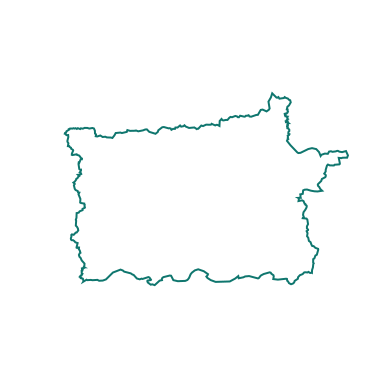 outline of Minbu, Magway, Myanmar, rotated 108°
{"feature_id": "60261553B50567728635340", "entity_name": "Minbu", "entity_type": "district", "adm_level": 2, "iso_a3": "MMR", "parent_name": "Myanmar", "parent_adm1": "Magway", "projection": "orthographic", "projection_center": [94.405, 20.347], "detail": "fine", "context": "isolated", "style": "outline", "palette": "teal", "viewbox_px": 384, "rotation_deg": 108, "n_neighbors": 0, "source": "geoboundaries", "source_scale": "gbopen_adm2", "svg_char_len": 5982}
<svg xmlns="http://www.w3.org/2000/svg" viewBox="0 0 384 384"><g transform="rotate(108 192 192)"><path d="M79.7,126.5L76.2,125.8L74.4,127.0L74.4,128.1L73.5,129.7L73.5,131.8L73.1,133.2L74.2,133.6L76.2,137.7L75.0,139.2L75.9,139.9L76.1,140.8L73.4,146.2L77.7,146.2L82.4,147.2L88.6,144.0L90.0,144.3L92.3,146.0L91.8,150.3L92.7,152.0L98.3,153.2L98.8,154.6L102.1,159.0L102.4,160.7L101.5,161.9L102.5,163.2L102.8,164.3L103.9,164.9L104.2,165.5L104.6,169.8L106.4,170.5L106.7,171.5L106.2,172.5L106.3,174.3L108.5,177.0L108.7,178.6L110.0,179.5L112.5,180.5L113.0,182.1L114.2,184.2L114.3,185.2L113.4,186.5L115.9,187.6L120.7,186.3L120.3,188.4L120.6,189.6L121.5,190.5L121.1,194.4L121.8,194.5L122.4,195.4L123.6,199.4L125.9,201.9L125.9,203.7L129.9,205.6L130.2,206.6L130.7,206.9L129.9,209.7L132.0,214.6L131.7,218.1L130.9,219.8L132.0,220.4L133.2,222.5L132.4,223.9L135.2,225.7L135.8,227.7L137.2,227.7L137.8,229.5L139.2,230.8L138.2,231.9L138.3,233.3L138.7,233.9L138.9,238.8L139.6,240.3L143.7,243.1L145.5,243.1L147.9,244.7L148.0,251.2L146.4,254.3L147.0,255.8L148.5,257.6L150.9,261.9L150.8,264.3L151.2,264.7L153.0,269.8L153.1,272.6L155.0,272.6L157.6,276.9L157.6,278.5L159.5,282.8L162.2,283.3L165.2,284.4L165.3,286.0L166.4,289.9L166.2,291.5L167.3,294.0L166.6,296.7L168.5,299.3L168.7,300.8L167.3,300.9L166.8,301.2L166.4,302.3L163.7,303.3L161.9,304.9L161.9,306.5L163.4,309.3L163.4,311.3L164.2,313.9L165.5,315.4L165.8,317.4L166.7,317.8L166.6,320.3L167.6,321.0L167.3,322.4L168.0,323.4L168.0,324.5L168.6,325.2L169.3,327.6L170.2,328.5L170.6,328.1L173.0,330.1L174.0,330.1L175.1,331.0L175.9,331.0L175.9,329.9L176.6,329.3L176.7,328.7L176.1,327.4L177.9,326.6L181.8,326.3L182.7,326.0L183.9,324.6L186.7,324.2L186.3,322.9L187.0,322.3L187.3,320.8L188.2,320.3L188.7,318.3L189.3,317.8L192.6,318.1L193.8,317.8L193.8,317.1L191.8,313.4L192.2,313.1L192.2,310.6L193.2,309.0L193.8,308.6L194.2,307.0L194.7,306.9L194.7,307.3L195.8,308.0L198.7,308.2L198.4,308.5L198.6,308.9L200.4,308.6L205.0,306.3L205.4,305.1L205.1,304.5L206.0,304.2L208.1,304.8L208.3,303.6L209.1,302.9L210.1,303.8L210.9,305.7L211.7,304.2L212.7,304.9L214.2,305.2L215.2,306.1L216.1,306.0L218.4,306.7L219.7,307.7L220.6,306.0L222.1,306.4L225.2,304.5L226.1,303.3L226.4,301.0L227.6,300.2L227.4,299.0L229.3,299.2L233.1,296.0L236.6,295.1L236.8,294.2L236.3,290.9L236.9,290.7L237.4,290.0L238.5,290.0L239.6,289.1L240.1,289.1L241.9,290.9L243.1,290.5L245.1,292.9L246.7,293.4L247.7,295.2L252.3,293.9L254.4,293.9L255.1,293.3L259.9,292.1L260.6,290.7L262.0,289.2L263.7,288.3L266.2,289.2L266.5,290.0L269.3,291.3L269.4,293.1L270.2,293.5L271.6,292.9L273.5,292.9L274.6,292.4L275.0,291.6L274.6,290.2L275.0,288.8L275.9,287.4L275.9,285.0L280.4,284.7L280.7,284.5L280.6,283.8L280.0,283.5L279.7,282.3L281.4,281.9L282.3,280.7L284.3,279.3L285.0,279.9L286.8,280.1L288.4,279.0L289.0,277.7L291.2,275.7L293.3,272.1L296.5,271.3L296.6,271.7L296.9,271.6L297.0,271.0L297.2,271.5L297.7,271.3L298.2,271.8L298.3,272.6L298.8,272.6L298.9,273.0L299.8,272.6L299.9,272.0L300.8,272.0L301.1,272.6L303.3,271.8L303.6,270.9L305.5,271.3L305.7,272.0L307.2,272.5L307.2,271.9L307.8,271.8L307.9,270.8L308.3,270.8L308.2,269.0L310.3,267.6L310.9,267.7L308.0,265.2L308.2,264.4L306.9,261.1L306.6,259.3L304.8,254.8L305.1,252.9L303.8,249.5L301.7,246.8L293.0,242.3L287.9,236.0L288.0,233.6L288.7,231.9L288.3,225.1L288.9,223.1L288.9,221.9L291.3,217.7L291.2,214.7L290.0,213.2L290.0,212.2L286.4,207.2L286.5,206.0L288.1,203.9L288.5,204.0L290.0,206.9L290.5,207.0L291.7,206.1L292.9,202.6L292.1,201.3L292.1,198.7L286.3,195.4L285.1,193.3L284.3,193.8L283.0,193.7L281.8,192.9L278.3,187.3L278.1,186.0L281.6,182.5L281.2,177.9L278.6,170.9L277.2,169.3L276.3,168.8L274.4,168.2L270.7,167.9L268.8,167.2L265.7,165.1L263.6,162.2L263.7,156.3L265.2,151.4L266.6,151.5L268.0,152.2L269.0,150.7L270.0,147.0L270.2,141.8L265.4,128.4L261.0,124.2L257.7,122.0L259.6,120.9L257.2,116.7L255.9,115.4L254.3,111.7L253.8,102.5L253.1,101.8L250.3,100.8L249.2,99.8L247.8,98.4L244.4,93.3L244.4,92.2L245.2,91.3L246.0,88.8L246.9,88.2L249.7,87.8L248.8,83.2L245.4,75.7L245.3,74.9L247.0,74.0L247.3,73.1L248.7,71.6L249.1,69.3L247.9,67.7L246.5,66.9L244.8,66.9L241.8,64.5L240.3,64.8L237.8,63.7L235.9,61.4L233.9,60.5L233.4,59.7L232.8,57.2L232.0,56.6L232.5,54.6L232.0,53.5L231.6,53.4L231.7,53.0L229.1,53.7L226.4,53.7L223.0,54.4L222.2,54.2L221.6,55.0L218.4,56.0L217.3,55.1L214.3,55.0L213.1,53.9L207.9,54.1L207.1,54.5L207.0,57.4L205.9,59.6L206.2,61.0L205.0,62.3L203.1,63.7L202.4,65.7L199.6,67.3L198.5,68.9L195.4,69.4L193.8,70.9L192.4,69.9L191.9,70.0L191.0,71.5L189.1,72.1L186.7,71.7L182.6,73.8L181.9,74.9L182.7,78.6L182.3,78.6L181.4,77.8L179.5,79.3L176.8,79.7L173.7,78.7L171.4,78.3L169.9,78.5L169.3,79.2L169.1,80.2L168.4,80.5L168.4,81.2L166.2,83.1L165.9,84.7L167.7,87.9L165.0,88.3L164.8,89.2L163.9,86.8L163.1,87.5L162.2,87.5L160.8,88.3L159.5,86.1L156.1,86.8L155.0,85.6L154.1,83.4L154.0,79.3L153.5,75.8L152.7,72.8L150.6,68.6L149.5,70.9L147.8,72.7L147.3,73.9L146.3,74.6L145.6,74.6L141.6,72.5L139.5,72.5L136.7,69.8L135.3,69.7L134.4,70.2L133.7,71.9L131.2,71.2L129.6,71.7L125.1,71.8L123.9,71.2L124.1,69.1L122.9,65.2L122.0,64.8L120.2,60.4L119.5,60.1L118.2,60.7L114.2,63.0L113.6,60.3L112.9,59.5L111.4,55.1L109.0,55.0L105.5,58.2L107.7,61.6L108.1,64.4L107.8,65.8L108.0,66.6L109.0,67.9L110.4,70.9L110.3,72.4L111.2,74.1L113.7,74.6L114.4,77.5L116.6,80.4L118.0,80.8L114.8,83.5L112.8,87.1L113.2,91.4L115.2,94.7L121.2,100.9L122.1,102.9L121.8,104.1L117.1,112.8L114.0,117.5L112.9,117.4L111.9,116.8L111.2,117.7L110.3,117.6L108.8,118.4L107.7,117.3L106.9,117.2L106.8,118.2L106.4,118.6L104.9,118.8L103.9,118.3L102.6,118.8L102.1,119.8L101.6,120.0L101.4,119.4L101.8,121.0L100.6,121.3L100.5,121.8L98.7,122.1L98.7,121.6L97.8,122.1L97.6,121.8L96.8,122.4L96.6,121.7L96.4,122.2L95.4,122.7L95.8,123.7L95.9,123.4L96.4,124.2L95.0,124.5L93.1,123.3L92.9,124.0L91.9,124.1L91.4,124.9L90.8,124.6L91.1,126.5L90.4,126.6L90.3,127.3L89.0,128.0L88.1,126.7L88.2,126.3L86.8,125.6L86.0,125.9L85.6,125.7L84.9,126.4L84.0,126.5L83.7,126.8L83.9,127.4L81.4,127.6L79.7,126.5Z" fill="none" stroke="#0f766e" stroke-width="2"/></g></svg>